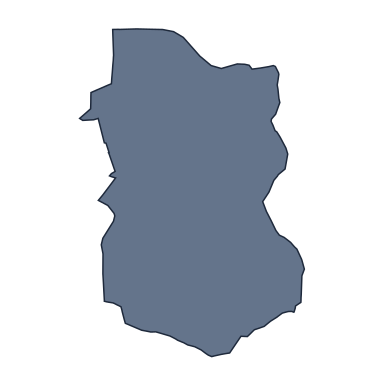 Zalingi, Central Darfur, Sudan, rotated 178°
{"feature_id": "16777658B14482741827107", "entity_name": "Zalingi", "entity_type": "district", "adm_level": 2, "iso_a3": "SDN", "parent_name": "Sudan", "parent_adm1": "Central Darfur", "projection": "albers", "projection_center": [23.544, 13.041], "detail": "fine", "context": "isolated", "style": "filled", "palette": "slate", "viewbox_px": 384, "rotation_deg": 178, "n_neighbors": 0, "source": "geoboundaries", "source_scale": "gbopen_adm2", "svg_char_len": 2838}
<svg xmlns="http://www.w3.org/2000/svg" viewBox="0 0 384 384"><g transform="rotate(178 192 192)"><path d="M101.4,308.1L104.3,314.5L106.3,315.5L111.0,314.6L119.3,313.5L127.7,312.7L130.5,316.7L134.8,317.8L142.3,318.4L158.4,314.4L168.5,317.7L179.5,327.6L195.3,346.8L204.8,352.9L215.6,355.4L228.0,356.1L241.6,356.9L259.0,357.0L259.3,357.1L264.1,357.2L265.6,357.2L265.6,355.7L265.6,344.9L265.6,332.7L265.6,331.4L265.7,330.4L265.8,329.9L266.1,326.2L266.7,321.6L267.5,314.2L268.3,307.6L268.5,305.3L268.6,304.5L268.7,303.8L268.7,303.5L268.8,303.3L268.8,303.0L269.1,302.9L270.1,302.5L272.3,301.7L284.8,296.8L284.8,296.7L285.2,296.6L287.3,295.8L288.3,295.4L288.8,295.1L289.0,295.1L289.5,294.9L289.5,294.7L289.5,294.4L289.7,291.7L290.0,285.0L290.4,278.7L297.2,273.1L301.7,269.5L301.4,269.3L301.3,269.1L300.7,268.7L300.3,268.5L299.7,268.1L299.2,267.7L298.8,267.4L297.6,267.4L294.1,267.5L287.8,267.6L283.2,268.8L277.9,244.2L276.2,243.8L273.5,234.2L274.0,234.0L273.8,233.8L269.7,220.4L269.2,218.7L268.1,215.3L268.9,214.8L271.9,213.2L273.9,211.0L272.2,210.2L267.9,208.7L269.5,206.7L270.6,205.3L281.3,192.1L285.9,186.9L276.6,181.5L270.6,173.3L270.0,170.8L271.5,165.5L282.7,148.9L284.5,142.4L283.1,133.3L283.9,113.4L283.7,104.3L283.4,87.7L283.4,85.9L283.2,85.9L282.8,85.7L282.4,85.6L282.2,85.6L281.8,85.4L281.6,85.3L281.4,85.3L281.0,85.2L279.2,84.8L274.7,83.9L273.1,83.1L270.8,81.8L269.2,81.0L267.0,79.8L266.2,76.5L265.9,74.7L264.1,66.7L263.2,63.1L260.3,61.8L258.0,60.7L253.7,58.7L247.1,55.6L242.6,54.6L238.0,53.5L235.5,53.5L233.1,53.5L229.4,52.3L225.8,51.1L222.5,50.0L219.2,48.9L216.8,47.6L214.5,46.3L213.0,45.4L211.6,44.4L209.4,43.4L207.5,42.5L205.6,41.7L203.6,40.5L201.6,39.3L198.1,38.3L194.5,37.2L191.4,35.5L188.3,33.8L186.6,32.4L184.9,31.0L183.2,29.7L181.4,28.4L179.7,27.6L178.0,26.8L175.9,27.3L173.8,27.7L171.1,28.2L168.4,28.7L164.2,29.3L160.0,29.8L148.1,46.1L141.7,45.6L139.1,47.9L136.0,50.8L134.4,52.2L129.9,53.5L124.5,55.2L118.1,60.1L111.1,64.2L110.5,64.7L106.0,67.8L102.3,68.7L100.0,69.2L98.1,69.2L96.8,69.2L96.5,69.1L96.4,69.1L96.1,69.0L95.9,68.9L95.6,68.8L95.5,68.7L95.3,68.7L95.0,68.6L94.4,68.3L94.2,68.5L94.1,68.8L93.9,69.3L93.7,69.8L93.7,70.0L93.2,71.3L92.9,72.3L92.8,72.6L92.7,73.6L92.6,74.0L92.6,74.3L92.4,74.6L92.2,74.7L92.0,74.8L91.7,75.0L89.0,76.7L88.0,77.3L87.4,77.6L87.1,77.8L87.0,78.0L87.0,78.6L87.0,78.8L86.9,79.0L86.7,82.8L86.4,85.7L85.1,104.4L82.4,111.0L84.5,119.8L84.9,121.1L89.2,131.3L91.5,133.6L95.2,138.2L101.5,143.4L106.2,145.8L109.5,150.6L114.0,160.8L118.3,169.9L121.7,179.9L115.1,189.2L109.8,200.8L106.1,204.9L105.1,206.4L98.2,211.7L96.3,220.5L95.0,226.6L96.6,232.6L102.0,243.7L105.2,249.2L106.8,250.3L108.8,256.0L110.5,259.8L110.0,262.2L105.7,266.8L102.7,274.4L101.1,278.3L101.9,282.5L102.5,291.7L103.1,296.0L102.1,301.0L101.1,306.6L101.3,307.4L101.4,308.1Z" fill="#64748b" stroke="#1e293b" stroke-width="1.5"/></g></svg>